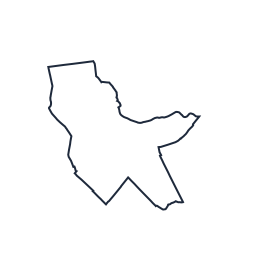 Tinosu, Prahova, Romania, rotated 332°
{"feature_id": "2599482B48682936712287", "entity_name": "Tinosu", "entity_type": "district", "adm_level": 2, "iso_a3": "ROU", "parent_name": "Romania", "parent_adm1": "Prahova", "projection": "albers", "projection_center": [26.021, 44.814], "detail": "fine", "context": "isolated", "style": "outline", "palette": "slate", "viewbox_px": 256, "rotation_deg": 332, "n_neighbors": 0, "source": "geoboundaries", "source_scale": "gbopen_adm2", "svg_char_len": 5559}
<svg xmlns="http://www.w3.org/2000/svg" viewBox="0 0 256 256"><g transform="rotate(332 128 128)"><path d="M195.7,151.6L196.3,151.3L195.9,151.1L194.6,150.4L193.9,149.9L193.5,149.6L193.3,149.3L193.1,148.8L192.9,148.3L192.4,147.1L192.1,146.5L191.8,146.1L191.5,145.8L191.0,145.3L190.5,144.8L190.2,144.6L189.8,144.4L189.0,144.3L188.7,144.4L188.2,144.5L187.8,144.7L187.0,145.0L186.2,145.3L185.7,145.5L185.3,145.4L184.7,145.4L184.2,145.4L183.7,145.2L183.2,145.0L182.7,144.6L182.4,144.2L182.1,143.6L181.9,142.6L181.8,142.2L181.8,141.9L181.5,141.5L181.4,141.2L181.3,140.9L181.2,140.4L180.9,139.5L180.7,138.7L180.5,138.3L180.3,138.0L179.9,137.7L179.4,137.2L178.9,136.9L178.4,136.6L178.1,136.4L177.6,136.3L176.7,136.3L174.8,136.4L172.9,136.5L171.8,136.5L170.4,136.5L169.5,136.5L168.4,136.4L167.0,136.2L166.2,136.0L165.6,135.9L164.9,135.7L164.5,135.5L164.1,135.1L163.6,134.8L162.9,134.4L162.2,134.2L161.6,134.0L160.9,133.9L160.2,133.6L159.8,133.3L159.3,132.8L158.6,132.4L157.9,132.2L156.3,131.8L155.4,131.8L154.6,131.8L154.1,131.8L153.8,131.8L153.1,131.9L152.5,131.9L152.0,131.9L151.1,131.8L150.2,131.6L148.8,131.3L147.8,131.0L147.1,130.8L146.5,130.7L145.6,130.4L144.7,130.1L143.9,129.9L142.9,129.8L142.1,129.6L141.3,129.3L140.5,128.8L139.3,127.9L138.5,126.9L136.1,124.4L134.6,122.8L134.0,122.2L133.2,120.9L132.6,120.0L131.9,119.0L130.6,117.6L129.6,116.4L128.9,115.2L128.6,114.6L128.3,114.0L128.1,113.5L128.0,113.1L127.8,112.4L127.8,111.8L127.9,110.9L128.2,109.5L128.6,108.5L129.0,107.1L129.2,106.0L129.2,105.3L129.5,105.3L131.1,105.1L131.6,104.8L131.9,104.8L132.0,104.4L132.2,104.1L132.3,103.8L132.3,103.6L132.3,103.4L132.3,103.0L132.4,102.5L132.4,102.0L132.2,101.5L132.1,101.3L132.1,100.9L132.0,100.6L132.0,100.4L131.9,100.0L131.8,99.9L131.6,99.6L131.5,99.4L131.3,99.1L131.2,99.0L131.4,98.9L131.6,98.8L131.9,98.6L132.1,98.3L132.2,98.1L132.2,97.9L132.2,97.6L132.3,97.2L132.3,96.8L132.4,96.6L132.3,96.4L132.3,96.1L132.1,95.8L132.1,95.7L132.3,95.4L132.6,95.1L132.9,94.9L133.1,94.7L133.2,94.4L133.3,94.3L133.5,94.1L133.6,93.9L133.7,93.6L133.9,93.1L134.0,92.8L134.1,92.5L134.2,92.3L134.3,91.9L134.4,91.7L134.5,91.6L134.6,91.4L134.7,91.2L134.7,90.8L134.6,90.5L134.5,90.1L134.5,89.7L134.5,89.0L134.5,88.7L134.4,88.4L134.3,88.0L134.3,87.7L134.2,87.1L134.2,86.8L134.1,86.4L134.1,86.2L134.0,85.7L133.9,85.4L133.9,85.1L133.9,84.8L134.0,84.6L133.9,84.3L133.9,83.9L133.8,83.6L133.7,83.2L133.6,82.8L133.5,82.3L133.4,82.0L133.3,81.7L133.2,81.3L133.0,80.3L132.8,79.1L130.7,77.8L129.1,76.7L127.5,75.6L126.8,75.2L126.5,75.1L126.0,75.1L126.0,74.7L125.3,70.1L125.0,69.1L124.4,67.8L124.2,67.4L125.0,65.4L126.8,60.8L127.7,58.6L128.7,55.8L128.8,55.4L128.8,54.9L128.7,53.2L128.7,52.7L127.5,52.3L125.7,51.6L121.4,50.0L115.3,47.7L109.5,45.5L101.0,42.2L89.5,37.9L87.1,37.0L86.3,36.7L86.2,37.1L85.8,38.2L85.6,39.0L85.0,41.1L84.3,43.6L83.9,45.2L83.2,47.6L82.3,50.8L81.5,53.6L81.3,54.5L80.9,55.6L80.6,56.0L78.8,58.2L75.1,62.9L74.7,63.5L73.7,64.7L73.1,65.9L72.7,66.8L72.5,67.4L72.3,68.6L71.9,69.6L71.3,70.7L70.7,71.4L70.2,72.0L69.7,72.3L69.0,72.6L68.2,72.8L67.7,73.1L67.6,73.3L67.5,73.6L67.5,74.0L67.5,75.5L67.5,76.8L67.6,79.6L68.2,82.1L68.9,84.9L69.0,85.3L69.4,87.3L70.6,90.9L71.9,94.3L73.0,97.0L73.1,97.6L73.2,99.0L73.4,99.7L73.5,101.5L73.8,103.8L74.2,108.6L72.2,111.1L70.8,112.9L69.2,115.2L65.8,119.4L62.7,123.5L62.1,125.6L62.3,130.3L61.9,133.7L61.5,136.7L62.6,136.9L62.5,137.9L62.2,139.3L61.9,140.5L61.8,141.3L62.1,141.9L62.2,142.0L59.7,143.0L60.1,144.2L60.4,146.0L60.6,146.5L62.7,151.8L64.3,156.5L66.1,161.8L67.9,167.1L67.2,167.4L67.5,168.0L68.0,169.7L69.1,173.5L69.8,175.7L70.6,178.0L70.8,178.7L71.1,179.9L72.0,182.8L72.3,183.9L72.7,185.1L74.2,184.4L75.4,183.9L75.8,183.7L76.5,183.7L77.3,183.5L78.0,183.2L79.7,182.5L81.0,182.0L83.2,181.1L88.5,178.9L94.4,176.4L94.5,176.2L104.9,171.7L105.1,172.3L106.3,176.6L107.5,180.5L108.3,183.6L109.4,187.6L111.0,193.1L112.8,199.2L114.0,203.3L114.6,205.7L115.7,209.2L115.9,209.8L115.9,210.0L116.0,210.0L116.3,210.0L116.6,210.0L116.9,210.1L117.1,210.3L117.3,210.6L117.5,211.0L117.7,211.3L117.8,211.6L117.9,211.9L118.0,212.1L118.2,212.4L118.5,212.8L118.9,213.5L119.5,214.6L119.8,215.0L120.0,215.4L120.2,215.8L120.3,216.0L120.6,216.3L120.9,216.5L121.2,216.7L121.7,216.8L122.1,217.0L122.5,217.2L122.8,217.2L123.1,217.2L123.4,217.2L123.6,217.1L123.8,217.0L124.0,216.9L124.5,216.6L125.0,216.3L126.0,215.8L126.4,215.5L127.0,215.1L127.3,214.7L127.5,214.5L127.8,214.5L128.1,214.7L128.3,214.8L128.6,214.9L129.0,215.0L129.6,215.0L129.8,215.0L130.0,214.9L130.3,214.8L130.5,214.8L130.9,214.8L131.1,214.8L131.4,214.8L131.6,214.8L131.9,214.9L132.1,214.9L132.2,215.0L132.3,215.0L132.6,215.1L132.9,215.1L133.0,215.1L133.3,215.1L133.5,215.1L134.0,215.2L134.5,215.2L134.8,215.2L135.2,215.1L135.5,215.1L135.8,215.1L135.9,215.3L136.0,215.4L136.2,215.6L136.3,215.8L136.6,216.1L136.9,216.4L137.1,216.6L137.3,216.9L137.5,217.1L137.8,217.3L138.0,217.4L138.2,217.5L138.5,217.6L138.8,217.8L139.1,218.0L139.4,218.2L139.8,218.5L140.3,218.7L140.5,218.9L140.8,218.9L141.5,219.3L141.8,219.3L142.1,203.6L142.4,190.2L142.6,185.9L142.8,176.0L143.0,172.6L143.1,168.6L143.2,167.5L144.5,167.5L144.5,166.6L144.5,165.1L144.5,164.1L144.8,163.2L146.0,159.2L147.0,159.6L148.0,160.1L148.6,160.2L155.4,161.5L157.8,161.9L161.4,162.5L163.2,162.8L165.8,162.8L166.1,162.8L167.5,162.5L168.2,162.3L168.8,162.1L169.4,161.9L169.6,162.2L170.1,162.1L171.4,161.7L172.5,161.5L173.2,161.4L174.3,161.0L175.9,160.6L177.1,160.1L178.5,159.4L180.1,158.5L181.5,158.0L182.3,157.7L184.1,157.2L185.2,156.9L186.6,156.3L186.9,156.1L187.1,155.2L191.8,153.2L195.7,151.6Z" fill="none" stroke="#1e293b" stroke-width="2"/></g></svg>